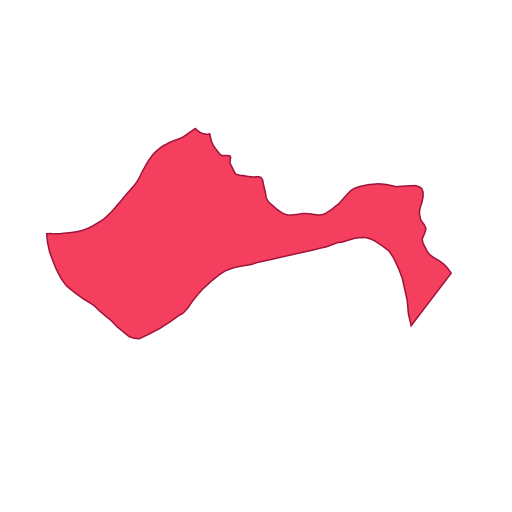 outline of Athens, Saint Lucia, rotated 327°
{"feature_id": "8701671B88292249499058", "entity_name": "Athens", "entity_type": "district", "adm_level": 2, "iso_a3": "LCA", "parent_name": "Saint Lucia", "parent_adm1": "", "projection": "robinson", "projection_center": [-60.892, 13.905], "detail": "fine", "context": "isolated", "style": "filled", "palette": "rose", "viewbox_px": 512, "rotation_deg": 327, "n_neighbors": 0, "source": "geoboundaries", "source_scale": "gbopen_adm2", "svg_char_len": 4768}
<svg xmlns="http://www.w3.org/2000/svg" viewBox="0 0 512 512"><g transform="rotate(327 256 256)"><path d="M92.6,123.3L88.5,131.2L85.0,140.5L82.8,150.4L81.4,157.6L80.3,168.3L80.5,174.0L80.9,178.4L84.1,188.2L87.7,197.6L91.4,205.3L93.2,209.5L95.0,217.3L97.1,224.3L99.3,231.0L100.9,239.5L104.1,249.7L105.7,254.6L108.6,258.2L110.7,260.0L112.9,261.8L125.4,263.4L136.5,264.4L148.1,264.4L158.8,263.9L161.5,264.1L163.8,264.2L170.8,262.4L178.3,259.2L187.8,256.1L189.2,255.8L192.6,254.8L199.4,253.7L204.4,252.8L215.3,251.7L222.3,251.7L231.2,253.8L237.4,256.2L239.1,256.9L240.2,257.4L248.0,260.8L252.4,261.8L253.4,262.1L254.1,262.3L267.1,267.3L283.4,273.2L288.7,275.2L298.2,278.7L306.3,281.8L309.9,283.0L314.7,284.6L318.8,286.2L320.2,286.7L331.3,289.1L336.1,291.4L340.9,292.7L348.1,294.8L352.4,296.8L356.9,299.6L358.3,300.5L360.1,302.7L361.5,304.3L362.9,306.6L364.2,308.8L366.0,313.0L367.4,316.3L370.3,324.3L370.3,332.9L368.7,344.5L366.5,354.6L365.0,358.5L361.3,368.4L358.5,375.9L352.4,387.3L348.5,398.0L348.1,399.0L410.3,376.7L410.4,375.7L410.2,374.8L410.1,371.2L410.0,370.3L409.9,369.7L409.2,365.6L407.6,361.2L406.6,358.6L404.6,355.1L402.4,349.4L402.1,345.0L402.7,341.0L402.7,339.7L403.0,336.4L404.4,332.5L409.7,328.8L411.6,327.5L413.6,325.2L414.1,321.3L413.8,315.8L415.9,309.8L419.1,305.7L425.0,300.8L428.3,297.4L431.0,293.3L431.7,289.5L430.7,287.0L428.3,284.0L424.2,281.4L415.9,276.7L411.3,274.2L409.4,272.2L405.3,268.0L403.5,266.4L399.7,263.4L398.0,262.1L389.4,257.5L381.5,254.4L376.8,253.1L374.8,252.9L371.5,252.7L367.1,253.7L361.8,255.1L357.1,256.4L353.6,257.3L350.2,257.5L346.2,258.0L344.6,258.2L337.8,258.2L336.4,258.0L334.5,257.6L331.3,256.0L328.5,253.9L326.9,252.4L324.6,250.3L321.3,247.9L319.1,246.2L317.8,245.6L313.2,243.6L309.0,241.4L306.5,240.1L304.8,238.7L303.0,236.7L301.6,234.5L300.3,231.5L299.2,228.9L296.4,219.2L295.9,216.5L296.2,213.1L297.7,209.5L298.6,207.4L301.1,200.5L303.0,195.6L302.9,192.7L301.7,191.3L300.6,190.3L296.9,188.4L293.8,185.9L291.8,184.2L288.8,181.3L286.5,179.7L284.3,177.2L283.5,175.5L284.1,169.6L284.8,164.0L287.1,160.9L288.4,159.6L288.7,158.5L288.4,157.4L286.7,156.2L283.7,154.2L282.1,153.2L281.2,151.1L280.6,145.2L280.4,140.5L280.7,138.1L281.1,135.6L282.0,133.0L283.1,130.1L283.7,128.2L281.4,127.6L280.4,126.5L279.2,125.6L276.7,122.5L276.3,121.6L275.7,119.8L275.5,119.4L274.6,116.1L274.1,115.9L273.3,116.0L259.3,116.5L258.4,116.3L257.5,116.2L256.6,116.0L255.6,115.9L254.6,115.6L253.3,115.3L252.3,115.1L251.4,114.8L250.1,114.6L249.7,114.5L249.1,114.4L248.2,114.2L246.9,113.9L246.5,113.9L246.1,113.8L245.4,113.7L244.8,113.6L243.8,113.5L243.4,113.5L242.6,113.5L241.5,113.4L240.2,113.2L239.1,113.0L238.1,113.0L237.0,113.0L236.2,113.0L235.2,113.1L234.3,113.2L233.4,113.3L232.4,113.4L231.2,113.5L229.8,113.7L229.1,113.8L227.7,114.1L226.6,114.3L226.1,114.5L225.6,114.6L224.7,114.9L224.2,115.0L223.1,115.4L222.2,115.8L221.2,116.2L220.1,116.6L219.6,116.8L218.3,117.3L217.3,117.7L216.2,118.2L215.7,118.4L215.3,118.7L214.5,119.0L214.2,119.2L213.0,119.8L212.4,120.2L211.5,120.6L210.4,121.3L209.6,121.7L208.5,122.2L208.0,122.5L207.5,122.8L207.0,123.1L206.6,123.3L205.8,123.7L205.0,124.2L204.1,124.8L203.6,125.1L203.0,125.5L202.4,125.9L201.5,126.4L200.6,126.8L199.5,127.4L198.6,127.9L197.3,128.5L196.5,128.9L195.2,129.4L194.8,129.6L194.4,129.7L193.2,130.2L192.6,130.4L191.5,130.7L190.5,131.0L189.4,131.3L188.9,131.4L188.3,131.6L187.5,131.8L186.6,132.1L184.6,132.6L183.4,132.9L182.3,133.3L180.7,133.7L180.0,133.9L179.6,134.0L178.3,134.5L176.8,134.9L175.8,135.2L174.5,135.7L173.9,135.9L173.5,136.0L172.5,136.3L170.9,136.8L170.3,136.9L169.2,137.2L168.7,137.4L167.6,137.6L166.5,138.0L165.2,138.4L164.2,138.8L162.8,139.1L161.8,139.4L160.8,139.7L160.4,139.8L159.2,140.1L158.5,140.3L157.5,140.5L156.2,140.8L155.6,140.9L154.7,141.1L153.6,141.3L152.6,141.4L151.7,141.6L150.8,141.8L149.8,141.9L149.3,142.0L148.9,142.1L148.3,142.1L147.7,142.1L147.1,142.1L146.1,142.1L145.0,142.1L144.3,142.1L143.2,142.1L142.5,142.1L141.6,142.0L141.2,142.0L140.4,142.0L139.7,142.0L139.2,142.0L138.5,141.9L137.4,141.9L136.5,141.9L135.5,141.9L134.2,141.7L133.2,141.6L132.8,141.6L132.4,141.5L131.9,141.5L130.9,141.3L129.7,141.1L129.0,140.9L128.3,140.8L127.8,140.7L126.9,140.6L125.9,140.4L125.4,140.3L124.9,140.1L124.3,140.0L123.7,139.8L123.0,139.5L122.5,139.4L121.9,139.1L121.3,138.9L120.4,138.6L119.4,138.2L118.8,137.9L118.3,137.7L117.9,137.5L117.4,137.3L116.4,136.9L116.0,136.7L115.5,136.4L115.1,136.2L114.5,136.0L113.8,135.6L113.3,135.4L112.8,135.2L111.8,134.6L110.8,134.1L110.3,133.9L109.9,133.7L109.5,133.5L108.7,133.0L107.9,132.6L106.7,132.0L105.9,131.6L105.4,131.4L104.7,131.1L104.3,130.9L103.8,130.6L103.2,130.2L102.5,129.8L99.8,128.1L99.2,127.8L96.9,126.3L96.5,125.8L96.1,125.3L95.1,124.8L94.6,124.5L92.6,123.3Z" fill="#f43f5e" stroke="#9f1239" stroke-width="1.5"/></g></svg>